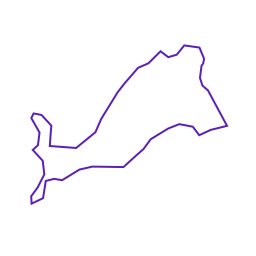 Bankilaré, Tillabéri, Niger, rotated 11°
{"feature_id": "23599985B18164013569517", "entity_name": "Bankilaré", "entity_type": "district", "adm_level": 2, "iso_a3": "NER", "parent_name": "Niger", "parent_adm1": "Tillabéri", "projection": "orthographic", "projection_center": [0.586, 14.454], "detail": "fine", "context": "isolated", "style": "outline", "palette": "violet", "viewbox_px": 256, "rotation_deg": 11, "n_neighbors": 0, "source": "geoboundaries", "source_scale": "gbopen_adm2", "svg_char_len": 716}
<svg xmlns="http://www.w3.org/2000/svg" viewBox="0 0 256 256"><g transform="rotate(11 128 128)"><path d="M47.8,220.6L58.0,213.1L57.4,195.7L65.2,192.0L73.3,191.8L88.2,178.1L100.4,172.7L131.0,167.2L141.3,153.4L147.3,145.6L152.4,134.7L167.6,120.8L177.7,114.4L191.4,114.4L199.3,121.5L209.5,114.1L224.8,107.0L199.3,75.8L192.9,72.1L189.1,65.1L188.3,52.8L189.5,50.3L189.5,45.6L182.8,35.4L167.5,36.2L161.9,46.7L154.0,50.8L145.3,46.5L135.7,60.6L126.4,67.0L116.3,84.5L111.1,94.7L100.0,124.1L96.8,138.4L80.9,157.5L54.7,160.6L53.3,149.5L52.3,140.3L40.6,131.7L32.6,131.7L31.2,136.7L42.0,149.3L42.9,162.0L38.7,167.7L50.5,176.4L54.7,189.4L50.7,203.5L46.0,213.5L47.8,220.6Z" fill="none" stroke="#5b21b6" stroke-width="2"/></g></svg>